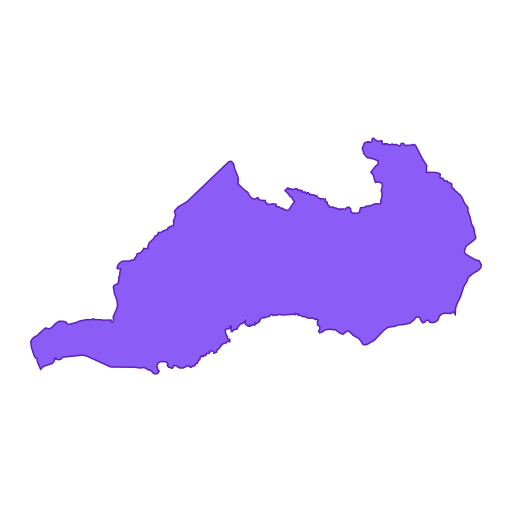 Momax, Zacatecas, Mexico (Natural Earth projection)
{"feature_id": "50627088B46165454846438", "entity_name": "Momax", "entity_type": "district", "adm_level": 2, "iso_a3": "MEX", "parent_name": "Mexico", "parent_adm1": "Zacatecas", "projection": "natural_earth1", "projection_center": [-103.248, 21.945], "detail": "fine", "context": "isolated", "style": "filled", "palette": "violet", "viewbox_px": 512, "rotation_deg": 0, "n_neighbors": 0, "source": "geoboundaries", "source_scale": "gbopen_adm2", "svg_char_len": 6094}
<svg xmlns="http://www.w3.org/2000/svg" viewBox="0 0 512 512"><path d="M122.5,261.2L119.3,263.3L117.9,265.2L117.2,267.1L117.3,268.6L120.7,268.8L119.8,272.6L119.9,274.7L118.7,277.5L118.9,280.4L118.3,281.1L118.5,282.6L118.0,283.4L113.8,285.7L113.3,287.8L113.9,289.2L114.2,292.8L117.0,300.3L117.5,306.0L116.6,309.0L113.2,316.8L113.5,319.2L113.1,321.9L111.4,322.0L110.9,320.0L103.6,320.2L100.4,319.7L94.8,319.6L93.6,318.8L90.7,319.7L86.7,319.6L79.7,321.0L76.3,322.5L69.1,324.3L67.2,324.2L66.3,322.3L63.9,321.4L60.1,321.2L58.8,321.4L55.2,323.9L52.0,327.3L49.6,328.8L45.4,328.0L38.7,333.9L37.5,335.6L35.3,336.3L32.3,338.7L30.7,341.7L31.5,347.7L34.2,355.8L35.6,358.1L37.1,358.4L37.3,361.5L40.6,369.3L43.4,366.4L52.3,363.5L54.3,360.9L54.7,358.3L55.8,358.1L56.0,359.2L58.5,359.7L60.8,359.3L62.5,357.2L82.6,355.1L87.1,356.2L110.7,367.0L134.3,367.2L140.3,368.0L144.1,367.5L148.9,370.1L150.8,370.4L153.6,373.5L155.6,373.9L157.7,373.4L159.1,371.4L158.8,370.5L158.0,370.3L156.8,365.5L158.4,362.7L160.7,361.6L166.0,361.8L167.8,363.5L167.9,364.0L167.2,365.1L168.5,367.2L169.1,367.1L171.7,368.3L172.8,367.9L173.5,366.0L174.5,365.6L177.2,366.0L177.5,367.0L179.3,367.1L179.6,368.0L183.1,368.0L187.4,365.9L188.9,365.9L190.4,367.3L191.0,367.3L192.6,366.2L194.5,365.8L195.2,365.2L195.5,364.1L197.3,363.2L198.3,360.8L199.9,359.2L200.2,357.3L200.8,357.0L201.5,355.7L202.8,356.6L203.5,356.4L204.1,355.4L205.4,355.7L206.2,354.9L206.4,353.4L209.2,353.4L209.9,352.4L209.4,351.4L210.4,350.6L212.8,351.2L213.8,351.9L213.9,353.2L214.6,353.0L216.7,352.0L217.2,349.7L218.7,348.9L222.4,344.1L226.2,342.8L227.4,341.2L229.7,341.8L229.9,339.5L227.7,338.8L227.3,337.8L227.5,336.7L226.0,334.5L225.3,331.1L225.6,329.5L227.1,328.6L228.3,328.9L229.4,328.5L229.9,328.0L230.0,326.4L231.3,326.4L230.9,327.7L231.3,331.5L232.0,331.8L234.2,329.6L237.2,329.0L237.5,327.5L240.8,323.6L242.4,323.6L245.4,320.7L245.1,323.8L247.8,326.0L248.4,326.1L249.3,325.3L249.3,326.2L249.7,326.3L249.9,325.8L251.7,325.7L252.0,324.7L252.5,324.4L254.4,325.2L255.6,324.2L255.0,322.7L256.5,323.4L257.7,323.0L258.2,321.8L259.4,321.8L260.4,319.1L261.2,318.4L263.2,317.5L264.1,317.9L267.2,316.6L268.9,316.7L270.8,314.5L272.2,314.7L273.1,315.5L273.7,315.0L277.0,315.2L278.8,314.3L282.1,315.0L293.1,314.3L295.1,314.6L295.2,313.6L295.7,313.6L298.0,314.1L297.6,314.6L298.2,315.1L300.9,315.5L302.9,316.7L305.4,316.7L307.7,318.1L313.3,318.2L315.3,319.6L316.9,319.1L318.0,319.8L317.3,322.1L317.8,324.0L317.4,324.8L319.5,326.3L319.9,327.3L319.6,329.7L318.5,331.1L319.6,332.8L321.6,332.3L325.6,329.7L331.3,329.2L332.9,329.8L335.0,329.5L340.4,333.4L343.0,334.3L347.3,330.9L348.4,331.0L351.3,333.3L352.9,335.2L358.5,338.3L360.8,340.9L362.9,344.3L363.8,344.9L366.9,344.5L374.3,340.3L383.4,330.7L386.7,328.1L389.0,327.1L395.0,326.3L398.3,324.9L403.4,324.6L409.9,323.2L413.5,320.3L416.1,317.3L417.5,316.8L419.7,317.6L421.5,321.5L422.8,322.9L424.9,322.1L426.2,320.4L427.5,320.1L428.4,320.4L430.0,322.5L430.3,322.2L432.3,322.7L435.6,321.9L438.2,319.7L439.3,316.1L442.3,313.7L445.4,313.2L450.7,313.5L453.2,311.7L455.2,314.4L455.6,307.9L457.1,303.6L460.4,296.9L463.6,287.0L467.3,280.5L468.1,277.7L472.6,273.7L478.5,270.2L480.8,267.8L481.3,264.8L479.2,260.8L475.4,259.8L466.7,254.8L464.8,253.2L464.5,251.8L464.7,250.1L466.1,246.2L474.3,239.8L475.4,238.7L475.8,237.4L475.6,236.5L474.8,234.3L473.8,227.9L471.6,224.2L469.9,216.6L468.3,212.5L467.7,209.1L468.1,208.1L467.1,206.4L464.8,203.9L462.1,197.7L460.0,194.5L458.8,194.2L456.8,191.9L455.0,190.7L453.9,188.8L451.7,187.3L451.5,186.5L451.9,185.7L451.8,184.5L451.3,183.5L448.7,182.4L447.9,182.5L447.4,181.1L444.5,180.8L442.9,178.4L440.6,178.0L439.8,176.7L440.4,174.4L439.2,173.4L435.1,172.4L426.4,172.3L426.6,165.3L422.8,159.4L415.6,145.6L414.4,144.5L413.2,145.0L412.7,144.5L410.8,145.2L407.3,145.2L405.3,145.7L403.4,143.4L401.2,143.4L400.8,145.1L400.0,146.0L395.7,144.4L393.7,144.8L392.1,144.0L389.7,145.1L387.2,143.8L384.9,143.7L385.1,144.3L384.1,144.3L382.2,143.7L382.1,141.2L381.2,140.6L378.1,141.4L374.9,139.6L373.5,138.1L372.2,138.8L371.8,141.8L370.8,142.4L369.9,142.4L369.4,141.8L367.8,141.8L367.8,142.4L366.5,142.0L364.8,142.9L363.9,143.8L363.9,145.0L362.8,146.7L362.3,149.1L362.8,149.7L363.9,153.8L367.2,157.6L372.0,158.5L378.2,160.8L377.9,164.4L375.5,166.2L370.9,172.2L373.2,174.9L374.9,181.2L375.7,182.4L377.3,182.0L379.5,182.2L381.7,183.3L382.5,185.8L381.2,190.7L382.2,193.6L381.5,198.4L380.7,200.9L380.8,203.2L379.9,203.9L374.9,203.8L370.6,205.7L366.1,206.2L366.0,206.7L364.8,207.3L360.5,207.8L359.4,212.3L357.9,213.1L352.4,213.2L350.9,211.2L350.6,208.7L348.9,207.1L348.2,207.6L347.1,207.3L345.1,209.3L342.7,208.9L342.2,209.5L340.8,208.7L339.9,209.8L338.4,208.8L336.7,208.6L336.0,207.9L334.5,208.0L333.6,207.3L332.1,206.9L330.9,207.4L329.7,207.2L329.0,205.5L328.3,205.5L327.5,204.3L327.2,202.2L325.6,201.7L325.3,199.2L324.6,199.7L323.6,198.8L320.9,198.6L320.4,198.9L317.5,197.4L316.6,195.5L314.8,195.8L314.2,195.0L309.8,194.6L309.6,193.8L308.8,193.8L308.2,192.6L307.0,192.7L306.4,193.5L305.2,193.0L305.0,191.9L302.7,192.4L302.3,190.7L300.7,190.3L299.5,190.6L299.2,189.9L298.2,190.3L297.1,188.8L295.5,188.7L292.4,189.8L290.9,188.7L289.0,189.2L288.8,188.3L287.9,187.8L285.0,190.5L288.8,194.3L289.4,195.7L292.2,197.8L292.8,199.6L294.5,201.4L288.6,210.1L287.2,210.3L284.7,209.7L282.3,208.1L281.3,208.5L279.1,206.9L276.3,206.5L276.2,204.4L275.8,204.2L272.2,203.8L271.0,204.4L268.3,204.3L266.8,203.9L266.7,203.0L265.6,202.5L265.2,200.5L260.3,200.2L259.4,199.8L257.9,197.6L257.2,197.7L255.8,198.8L254.2,199.2L251.3,197.8L249.1,195.2L248.4,193.3L247.3,192.0L243.7,189.4L238.1,183.9L238.3,178.9L237.4,175.5L234.6,168.6L233.5,163.7L231.3,161.3L228.9,161.6L186.7,202.0L178.3,206.8L174.7,210.8L174.5,212.0L175.6,214.8L174.5,218.8L173.5,220.4L173.7,223.8L173.1,225.9L169.4,226.7L169.0,227.8L167.9,227.9L167.3,229.5L163.2,230.9L160.3,232.7L158.6,232.3L157.6,234.0L157.5,235.2L155.0,236.1L153.9,238.4L149.3,242.7L147.9,246.3L147.9,248.3L145.7,248.7L143.8,248.3L143.2,249.7L140.7,252.7L137.2,253.7L136.2,256.6L134.8,258.0L134.6,259.7L133.3,260.1L132.3,259.8L130.1,261.0L122.5,261.2Z" fill="#8b5cf6" stroke="#5b21b6" stroke-width="1.5"/></svg>